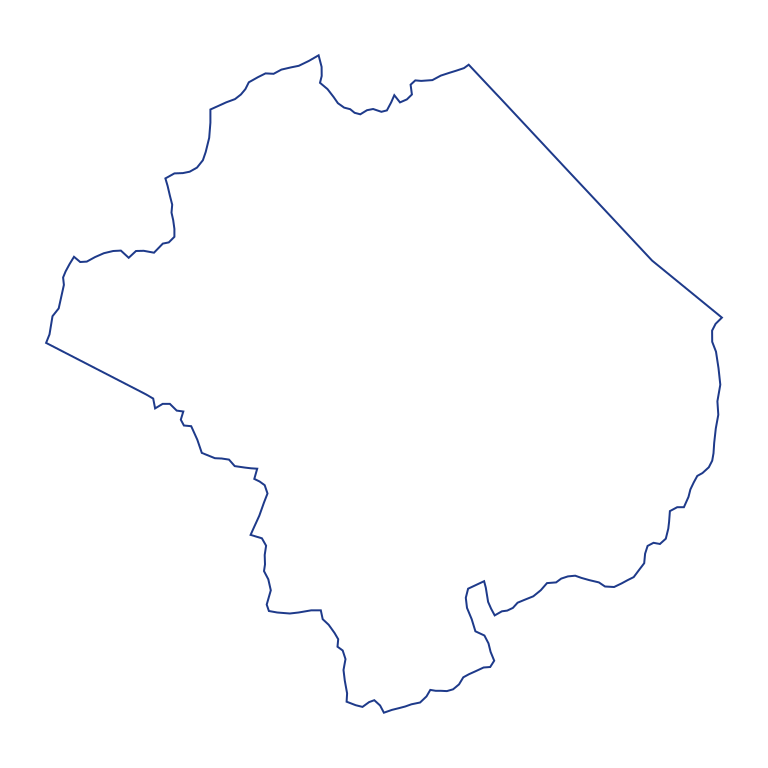 outline of Cedro, Ceará, Brazil
{"feature_id": "56859067B68108454386597", "entity_name": "Cedro", "entity_type": "district", "adm_level": 2, "iso_a3": "BRA", "parent_name": "Brazil", "parent_adm1": "Ceará", "projection": "equal_earth", "projection_center": [-39.111, -6.578], "detail": "fine", "context": "isolated", "style": "outline", "palette": "blue", "viewbox_px": 768, "rotation_deg": 0, "n_neighbors": 0, "source": "geoboundaries", "source_scale": "gbopen_adm2", "svg_char_len": 2795}
<svg xmlns="http://www.w3.org/2000/svg" viewBox="0 0 768 768"><path d="M46.1,342.9L146.2,394.5L153.2,398.6L155.1,408.4L162.6,403.9L169.9,403.9L176.7,410.6L183.3,411.5L180.8,419.7L183.9,425.5L191.2,426.2L197.3,439.7L201.8,452.9L214.9,458.2L221.6,458.5L229.0,459.6L234.7,466.1L245.1,467.6L251.0,468.3L257.2,468.7L254.3,478.9L259.6,481.5L264.7,485.2L267.5,493.5L264.0,502.5L259.3,515.7L253.5,528.4L250.6,534.9L261.9,538.3L266.1,545.7L264.7,555.0L265.0,564.4L264.0,571.1L268.3,579.3L270.8,590.3L266.7,604.6L268.9,611.0L277.2,612.5L289.8,613.5L298.6,612.5L311.4,610.3L320.8,610.3L322.7,619.2L328.7,624.8L334.5,632.9L338.2,639.2L337.5,646.7L342.7,650.5L345.5,659.1L343.5,670.0L344.8,680.7L347.1,693.4L346.6,701.7L355.7,705.2L362.5,706.9L369.1,702.1L374.3,700.2L380.1,705.5L383.9,712.7L391.9,709.9L399.1,708.1L405.2,706.5L411.4,704.3L420.1,702.5L426.5,696.4L430.3,689.9L435.7,690.8L440.8,690.8L446.9,691.1L453.1,689.3L459.0,684.4L463.3,677.3L469.0,674.2L476.3,670.9L483.6,667.5L490.2,667.0L494.2,660.7L490.6,651.9L488.5,643.4L484.4,635.5L475.4,631.3L471.7,619.2L467.0,607.9L465.8,597.8L468.1,588.7L484.1,581.2L485.8,587.7L488.1,601.9L491.1,608.7L494.7,615.4L501.9,611.3L507.2,610.6L512.9,607.9L517.6,602.7L524.1,600.0L533.3,596.3L540.8,590.2L547.0,583.1L556.1,582.4L561.2,578.6L567.9,576.4L575.2,575.7L581.4,577.9L589.2,580.1L598.9,582.4L605.0,586.5L614.1,587.0L621.6,583.4L627.7,580.1L633.7,577.1L639.4,569.5L644.2,563.2L645.1,553.7L647.6,545.9L653.5,542.8L659.9,544.0L665.8,538.7L668.3,528.6L669.1,521.7L669.9,511.1L677.2,507.2L683.9,507.2L688.5,496.9L690.4,489.4L693.7,482.5L697.3,475.9L702.4,473.1L708.8,467.3L712.2,460.7L713.5,453.3L714.2,442.8L715.8,428.4L718.3,414.8L717.4,401.3L720.3,384.7L718.5,368.1L717.2,359.6L716.0,351.7L712.2,341.8L712.1,330.6L715.6,323.8L721.9,317.6L652.1,260.6L600.2,205.1L565.7,168.3L499.5,97.4L495.3,93.0L468.7,64.7L464.0,68.1L456.2,70.7L449.1,72.9L440.8,75.6L432.4,80.1L421.2,80.9L415.3,80.4L410.6,84.7L411.9,94.5L406.9,99.4L400.0,102.4L394.3,95.2L391.2,102.3L386.9,110.4L381.4,111.8L373.1,109.0L367.0,110.2L360.3,114.3L354.6,112.8L350.2,109.2L344.1,107.6L337.9,103.2L333.6,97.0L327.5,89.1L320.0,82.8L321.7,76.0L321.6,66.9L318.6,55.3L308.9,60.9L298.8,65.8L290.9,67.4L281.4,69.6L273.6,73.8L265.5,73.4L257.9,77.2L248.8,82.3L245.4,89.1L240.9,94.5L235.0,99.1L226.3,102.3L210.4,109.5L210.4,122.7L209.2,137.8L205.7,152.0L202.9,160.2L197.0,167.6L189.7,171.7L182.8,173.1L174.4,173.4L165.4,178.4L167.6,185.9L169.9,195.7L172.2,204.7L171.5,212.6L173.2,220.2L174.4,228.9L174.4,236.8L168.8,242.4L162.8,243.6L154.0,252.7L143.7,250.8L136.0,251.0L128.7,257.8L120.9,250.6L113.2,251.0L103.9,253.2L95.0,257.1L86.8,261.6L80.2,262.0L74.0,256.8L69.6,264.0L65.6,271.4L63.1,277.5L63.9,284.9L58.7,308.4L52.5,316.2L49.5,334.4L46.1,342.9Z" fill="none" stroke="#1e3a8a" stroke-width="2"/></svg>